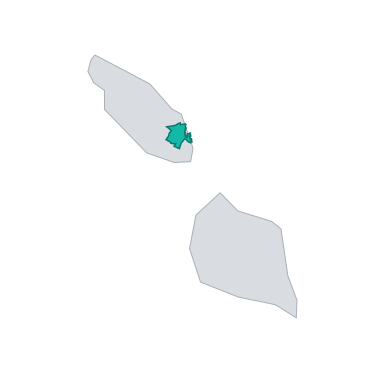 location of Lefaga & Faleseela, A'ana, Samoa, rotated 208°
{"feature_id": "51752279B23927704068678", "entity_name": "Lefaga & Faleseela", "entity_type": "district", "adm_level": 2, "iso_a3": "WSM", "parent_name": "Samoa", "parent_adm1": "A'ana", "projection": "robinson", "projection_center": [-171.973, -13.928], "detail": "fine", "context": "in_parent", "style": "filled", "palette": "teal", "viewbox_px": 384, "rotation_deg": 208, "n_neighbors": 0, "source": "geoboundaries", "source_scale": "gbopen_adm2", "svg_char_len": 3205}
<svg xmlns="http://www.w3.org/2000/svg" viewBox="0 0 384 384"><g transform="rotate(208 192 192)"><path d="M142.1,116.4L167.6,140.9L177.7,173.4L166.8,204.5L142.7,196.8L107.8,203.4L96.1,201.2L68.1,163.1L48.7,145.9L40.8,129.8L65.6,131.6L101.7,121.0L142.1,116.4ZM342.1,267.4L279.8,267.6L249.0,255.9L238.0,255.7L211.6,231.1L207.5,218.2L221.4,209.7L250.2,205.2L308.1,223.9L316.8,240.5L330.1,242.3L340.5,249.5L343.2,261.2L342.1,267.4Z" fill="#d9dde1" stroke="#a8b0b8" stroke-width="1"/><path d="M229.4,224.0L229.1,224.0L227.8,224.1L226.3,224.2L223.5,224.3L224.5,230.0L223.3,236.1L222.8,235.9L219.0,234.6L217.0,234.7L216.8,234.7L216.8,234.8L216.6,234.8L216.4,234.8L216.4,235.1L216.4,235.3L216.5,235.4L216.4,235.5L216.5,235.6L216.4,235.7L216.2,235.8L215.9,235.8L215.6,236.0L215.6,236.5L215.8,236.7L215.9,236.8L216.0,236.8L216.3,236.8L216.4,236.7L216.5,236.7L216.8,236.9L216.9,237.1L217.0,237.1L217.2,237.3L217.3,237.5L217.3,237.9L217.2,238.1L217.0,238.3L217.2,238.5L217.3,238.6L217.6,238.7L217.8,238.7L218.0,238.6L218.3,238.5L218.4,238.4L218.6,238.4L218.8,238.4L219.0,238.5L219.3,238.6L219.4,239.1L219.4,239.4L219.4,239.6L219.6,239.5L219.8,239.5L220.0,239.7L220.1,239.8L220.3,239.9L220.4,240.1L220.4,240.4L220.3,240.5L220.3,240.8L220.3,241.0L220.2,241.2L220.1,241.4L219.9,241.4L220.0,241.5L220.2,241.8L220.3,242.0L220.4,242.3L220.5,242.3L220.6,242.6L220.8,242.7L221.0,242.6L221.3,242.7L221.4,242.8L221.4,243.0L221.5,242.9L221.5,242.7L221.7,242.3L221.8,242.3L222.0,242.4L222.1,242.2L222.2,241.9L222.3,241.7L222.5,241.6L222.8,241.5L222.8,241.4L223.0,241.5L223.1,241.4L223.3,241.4L223.3,241.1L223.2,241.1L222.9,241.0L222.8,240.8L222.8,240.7L222.8,240.4L222.7,240.2L222.7,239.8L222.7,239.6L222.6,239.4L222.4,239.2L222.2,238.9L222.1,238.7L222.1,238.4L222.1,238.2L222.0,237.9L222.1,237.7L222.3,237.7L222.3,237.8L222.6,238.0L222.6,238.3L222.9,238.5L223.0,238.5L223.1,238.4L223.3,238.3L223.3,238.2L223.5,238.0L223.8,238.1L224.0,238.2L224.2,238.3L224.3,238.4L224.2,238.4L224.3,238.5L224.5,238.7L224.5,238.9L224.5,239.1L224.4,239.3L224.6,239.3L224.8,239.5L224.9,239.8L225.0,239.8L225.1,240.0L225.2,239.9L225.3,240.0L225.5,240.2L225.7,240.3L225.8,240.5L226.0,240.6L226.3,241.1L226.5,241.3L226.4,241.4L226.5,241.4L226.6,241.5L226.9,242.0L226.8,242.4L226.8,242.5L226.7,242.5L226.8,242.8L226.9,243.0L227.0,243.1L226.9,243.2L226.9,243.4L227.0,243.4L227.2,243.5L227.1,243.8L227.0,244.0L227.0,244.4L227.0,244.5L227.2,244.8L227.2,245.0L227.3,244.9L227.4,245.2L227.4,245.4L227.5,245.4L227.4,245.6L227.5,245.7L227.5,245.8L227.8,246.0L228.0,246.1L228.2,246.4L228.3,246.5L228.5,246.7L228.6,246.8L228.7,247.0L228.8,247.1L228.9,247.4L229.0,247.5L229.0,247.9L229.1,248.0L229.0,248.3L229.0,248.5L229.2,248.8L229.2,249.0L229.3,249.3L229.3,249.2L229.5,249.1L230.0,248.9L230.2,248.7L230.3,248.6L230.6,248.4L231.0,248.1L231.2,247.9L231.4,247.8L231.9,247.4L233.8,246.1L234.8,247.5L235.8,246.5L236.2,246.1L236.3,246.0L236.7,245.3L236.7,245.1L236.8,245.0L237.0,244.7L237.5,243.8L238.8,242.3L242.4,239.6L244.9,237.7L242.1,237.2L238.9,236.5L239.7,233.5L239.0,230.5L239.5,226.0L237.6,226.0L233.8,225.8L233.8,225.6L233.6,225.1L231.2,225.8L229.1,226.9L229.2,224.7L229.3,224.5L229.4,224.0Z" fill="#14b8a6" stroke="#0f766e" stroke-width="1.5"/></g></svg>